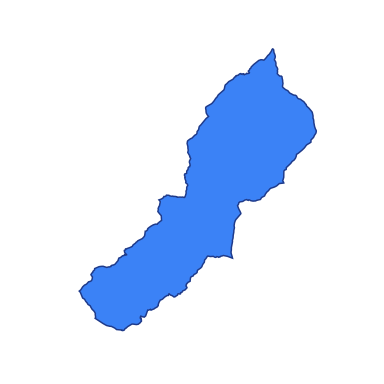 Slanic-Moldova, Bacau, Romania, rotated 159°
{"feature_id": "2599482B31492670959230", "entity_name": "Slanic-Moldova", "entity_type": "district", "adm_level": 2, "iso_a3": "ROU", "parent_name": "Romania", "parent_adm1": "Bacau", "projection": "mercator", "projection_center": [26.446, 46.203], "detail": "fine", "context": "isolated", "style": "filled", "palette": "blue", "viewbox_px": 384, "rotation_deg": 159, "n_neighbors": 0, "source": "geoboundaries", "source_scale": "gbopen_adm2", "svg_char_len": 6009}
<svg xmlns="http://www.w3.org/2000/svg" viewBox="0 0 384 384"><g transform="rotate(159 192 192)"><path d="M111.0,284.0L113.3,282.6L118.1,281.9L121.0,280.5L122.3,280.2L123.2,279.3L124.8,276.8L125.6,275.9L132.6,273.3L134.9,271.5L136.2,271.0L138.5,269.3L141.1,267.8L142.2,267.4L147.6,266.6L148.6,266.3L149.1,265.7L149.4,264.8L149.6,263.3L149.9,262.7L150.4,260.6L150.1,258.5L149.5,256.6L152.6,255.5L159.8,251.4L161.5,250.7L162.1,250.1L163.2,248.3L164.0,247.5L165.5,246.7L166.3,245.1L166.8,244.6L167.5,244.2L169.1,244.0L172.7,242.3L174.0,242.3L175.5,242.0L177.7,241.3L178.1,240.9L179.2,239.0L179.6,235.7L180.1,234.5L180.5,232.4L181.8,230.4L181.2,226.6L181.5,225.8L181.3,225.7L181.3,223.6L183.3,221.8L183.8,220.7L183.9,218.8L184.3,217.4L184.5,217.4L185.2,216.4L186.2,216.5L187.1,215.8L187.3,214.9L188.0,214.3L188.2,214.0L188.7,214.0L189.0,213.8L189.5,213.2L190.4,211.3L192.4,211.4L192.9,210.7L193.1,210.0L193.0,209.4L193.2,208.1L193.5,208.1L193.8,206.8L193.8,204.1L194.4,203.4L194.4,202.4L193.6,201.3L193.5,200.6L193.6,199.8L193.8,199.4L194.6,199.0L195.4,198.0L196.1,196.1L196.9,195.4L197.4,194.7L197.5,194.0L198.2,192.5L200.3,189.9L201.1,190.0L201.2,189.7L201.5,189.8L202.9,190.8L204.0,191.0L204.8,191.5L207.7,192.4L207.8,193.0L208.2,193.2L209.5,194.0L210.7,194.4L211.4,195.1L212.2,195.1L214.2,196.4L214.7,197.2L217.0,198.2L217.5,197.7L219.1,197.5L219.8,197.9L221.2,196.8L223.1,196.4L225.7,196.5L225.1,194.6L225.2,194.1L227.4,190.7L228.2,190.2L229.5,188.8L229.7,187.8L230.9,185.9L230.0,183.1L229.2,180.9L230.6,176.4L233.5,175.6L234.2,175.2L235.0,175.1L235.9,174.4L237.7,175.1L240.0,175.2L243.2,174.7L244.1,174.4L245.0,174.2L246.3,173.7L246.9,173.2L246.9,172.7L247.8,172.2L249.4,171.9L249.7,172.1L251.2,169.3L252.0,168.1L252.5,167.6L255.1,166.3L260.0,165.9L261.4,165.2L262.0,165.2L263.1,164.5L265.8,163.8L267.3,162.6L270.0,162.4L273.0,162.5L273.4,162.3L274.2,162.7L274.5,162.6L274.8,161.9L276.1,161.7L276.3,161.3L276.5,159.7L276.2,158.3L275.5,157.1L275.6,156.8L277.0,157.0L277.5,157.6L277.7,157.3L278.4,157.1L279.8,157.3L282.1,156.5L284.0,156.5L285.2,155.1L285.4,154.6L289.9,152.1L291.6,152.0L292.9,152.3L293.9,152.1L294.3,151.6L294.6,151.8L295.5,151.5L296.9,152.0L298.6,152.1L301.6,154.5L303.7,155.2L305.6,155.6L310.3,155.4L310.9,154.2L312.9,153.4L313.4,152.6L314.1,152.4L315.9,151.2L315.9,150.0L315.5,149.0L315.4,148.4L316.0,147.2L316.7,146.1L317.6,145.3L318.8,145.0L320.8,145.2L323.5,143.8L325.8,143.6L328.1,142.6L330.9,140.5L332.8,139.9L332.2,138.4L332.1,132.2L330.7,130.4L330.4,128.1L329.6,125.9L329.5,124.7L329.2,124.0L327.8,122.3L327.7,120.7L327.3,118.3L326.3,116.2L325.9,114.7L325.8,113.1L326.2,112.5L326.9,109.5L327.7,108.8L322.1,101.0L319.6,98.0L316.7,96.0L315.5,95.5L312.9,92.7L311.7,90.6L307.0,88.3L307.2,88.0L306.5,87.5L305.2,87.3L304.4,87.6L303.8,88.2L302.8,88.6L302.4,88.5L300.2,89.4L295.5,90.2L294.5,89.9L291.5,88.2L289.6,87.8L287.0,88.6L286.3,89.2L285.6,89.4L285.3,89.8L285.5,90.6L285.4,91.0L285.0,91.1L284.8,92.1L285.3,92.3L285.5,92.8L285.4,93.1L284.9,93.1L284.8,94.1L284.3,94.5L282.8,93.2L281.4,92.3L279.7,92.9L275.7,97.6L275.3,97.3L272.7,97.3L272.6,96.4L269.0,96.5L268.7,96.7L265.6,97.2L264.2,98.1L264.0,98.8L262.6,100.6L260.3,102.5L259.0,102.4L257.8,102.6L255.2,103.7L252.3,104.3L251.1,103.9L250.2,105.1L249.9,105.2L248.9,103.4L247.6,102.3L246.4,100.4L244.9,100.3L243.9,100.7L242.5,100.9L241.8,101.8L241.5,101.9L241.0,101.8L239.7,101.0L239.1,101.2L238.7,102.1L237.4,102.0L236.0,103.0L233.5,103.1L231.0,104.4L230.9,105.0L231.3,106.0L231.0,106.8L230.7,107.1L230.8,107.3L230.3,107.6L230.1,108.1L229.5,108.5L228.8,108.6L228.2,109.1L225.8,109.3L224.1,112.5L223.0,113.2L221.0,113.2L219.7,114.3L218.0,114.4L216.4,114.9L216.0,115.2L215.2,116.7L214.8,117.0L211.2,117.9L209.6,118.7L208.1,120.4L205.7,122.0L204.5,124.1L203.1,124.7L200.6,126.5L199.9,126.4L198.1,125.2L195.2,124.3L194.1,123.0L193.3,122.5L192.2,122.6L191.9,122.8L191.0,122.2L190.5,121.5L189.7,121.6L189.3,121.3L188.8,121.6L187.9,121.7L186.7,121.5L185.5,121.5L182.0,119.3L177.9,115.7L177.7,117.2L177.4,121.0L176.8,122.5L176.1,123.6L175.1,126.1L172.0,131.1L171.6,132.4L170.2,134.3L169.0,136.9L167.5,139.3L166.6,141.3L165.2,143.4L164.8,145.4L163.4,147.9L162.0,149.6L161.0,150.5L154.2,154.2L154.0,154.7L154.1,156.8L154.4,159.1L154.4,161.8L154.3,163.1L153.1,163.8L152.0,165.3L150.8,165.6L148.0,165.0L145.4,165.5L143.6,165.3L143.4,164.8L142.4,164.0L142.0,164.3L141.2,164.0L140.2,162.8L138.4,161.7L135.9,160.9L134.2,161.0L130.8,160.5L129.3,161.7L128.5,162.0L125.7,162.3L124.3,163.7L122.2,165.1L120.2,165.8L118.2,167.0L117.1,167.3L113.8,167.1L112.0,167.2L110.7,167.4L107.5,168.6L103.1,167.5L103.0,168.1L103.3,170.0L102.3,171.2L101.1,172.8L98.8,178.5L97.7,179.3L96.5,179.2L95.9,179.4L95.2,181.0L89.6,183.3L87.5,184.7L85.3,185.2L83.4,186.4L82.0,187.9L80.9,189.7L78.8,190.1L74.3,191.6L71.7,192.7L69.8,193.8L68.9,194.5L67.7,195.0L64.6,195.5L63.1,195.9L62.3,197.9L59.0,199.4L57.4,201.0L55.4,202.4L54.7,203.3L54.1,204.4L54.0,205.2L54.2,206.7L54.1,209.2L53.3,213.5L52.9,214.5L52.5,216.4L52.6,217.4L51.7,219.8L51.2,223.2L51.3,224.0L52.8,228.4L54.0,230.7L54.2,231.5L54.1,232.8L54.7,234.1L54.9,235.3L55.4,236.5L56.3,237.7L57.5,239.7L59.4,241.1L59.9,242.5L60.0,244.1L60.6,245.1L62.4,246.1L65.4,249.5L66.2,252.2L68.0,254.1L69.7,257.1L69.7,258.0L69.5,258.5L68.1,260.9L67.9,262.2L67.3,264.0L67.1,265.7L66.7,267.4L67.1,268.2L68.5,268.8L69.2,269.9L70.0,271.9L69.1,273.4L68.8,274.8L68.1,275.7L67.9,276.4L67.9,277.5L68.3,279.4L68.2,280.5L67.6,281.8L67.3,283.1L67.3,284.1L67.7,285.6L67.4,286.4L66.3,287.5L65.6,288.9L65.4,291.2L65.5,292.9L64.8,295.5L65.2,296.6L65.3,296.7L66.2,296.4L67.5,295.0L70.5,292.9L72.4,292.2L74.4,290.9L77.3,289.4L77.8,289.4L78.1,289.7L80.2,290.8L82.5,290.9L88.8,288.9L91.9,287.5L92.7,286.6L93.8,286.3L94.7,285.3L96.1,284.7L95.9,283.6L95.7,283.3L95.6,282.9L95.9,282.5L97.5,282.5L98.3,283.2L99.6,282.7L100.4,283.0L100.9,282.8L101.0,283.1L101.8,283.3L101.5,283.8L101.6,284.0L103.8,284.3L103.8,284.6L103.9,285.0L104.5,285.2L105.4,285.1L107.1,284.5L109.3,284.8L109.7,284.1L111.0,284.0Z" fill="#3b82f6" stroke="#1e3a8a" stroke-width="1.5"/></g></svg>